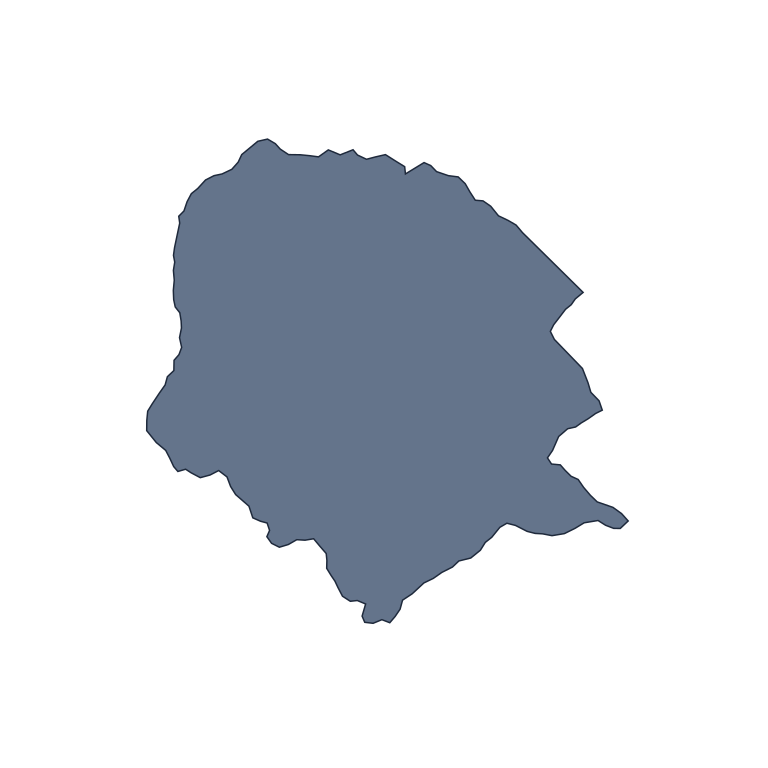 Alto Alegre, São Paulo, Brazil, rotated 44°
{"feature_id": "56859067B22861032704344", "entity_name": "Alto Alegre", "entity_type": "district", "adm_level": 2, "iso_a3": "BRA", "parent_name": "Brazil", "parent_adm1": "São Paulo", "projection": "albers", "projection_center": [-50.184, -21.614], "detail": "fine", "context": "isolated", "style": "filled", "palette": "slate", "viewbox_px": 768, "rotation_deg": 44, "n_neighbors": 0, "source": "geoboundaries", "source_scale": "gbopen_adm2", "svg_char_len": 2222}
<svg xmlns="http://www.w3.org/2000/svg" viewBox="0 0 768 768"><g transform="rotate(44 384 384)"><path d="M654.8,312.9L645.0,312.2L634.4,313.7L619.3,320.7L609.8,320.7L599.4,319.7L590.0,317.8L582.7,320.4L574.3,320.3L567.0,319.7L560.1,325.2L552.9,323.6L551.4,314.7L546.1,300.4L547.2,288.6L551.7,281.8L552.9,275.1L555.0,267.2L556.7,258.2L559.2,251.2L550.4,246.7L538.6,246.3L529.9,241.4L516.0,235.0L475.6,233.6L467.1,230.6L464.9,223.5L463.8,213.5L462.7,204.1L463.6,196.9L462.5,189.9L463.6,179.8L378.4,178.9L368.6,177.9L359.7,180.1L349.5,183.5L337.3,182.0L328.0,183.5L322.0,188.4L312.2,186.1L303.3,183.5L293.5,183.5L285.6,189.4L274.3,194.7L266.0,194.4L259.0,196.9L253.5,218.0L247.9,213.3L238.3,215.4L225.7,218.0L220.1,226.6L215.3,234.5L205.9,237.7L199.0,237.0L193.3,249.6L181.3,254.3L179.1,266.1L171.8,271.5L164.5,277.3L156.0,285.3L146.2,287.1L138.9,286.6L130.1,288.7L124.6,297.1L123.6,306.2L122.3,317.8L125.0,325.7L125.4,335.3L121.6,345.4L117.0,352.2L113.9,361.2L114.2,372.7L113.2,380.9L115.7,389.6L119.9,398.5L119.8,405.9L125.3,410.2L131.3,419.8L138.6,431.4L143.2,437.7L148.8,441.7L153.6,448.6L161.0,455.0L167.5,463.1L174.1,469.4L180.3,473.6L187.6,474.6L194.3,479.6L199.4,484.4L204.7,492.7L213.0,498.2L216.1,505.3L216.5,512.8L223.5,520.3L223.1,529.2L227.2,536.7L228.7,546.4L231.1,559.5L232.9,567.7L238.7,575.0L245.7,582.4L260.9,584.3L273.1,583.4L281.5,586.2L290.1,589.5L296.5,590.1L300.5,583.1L306.8,581.9L316.9,579.0L322.1,570.3L325.2,561.1L335.6,559.9L344.9,564.3L354.1,566.6L361.7,566.2L371.7,565.7L382.6,571.4L390.5,568.5L396.5,565.2L403.4,568.8L405.8,575.2L413.8,576.7L422.1,574.1L426.7,565.9L429.4,556.6L435.7,551.2L440.9,544.2L450.2,545.2L460.2,546.1L465.5,550.6L470.8,556.4L479.0,558.5L485.7,559.9L492.3,562.4L501.6,565.5L510.7,563.7L515.2,558.3L523.6,555.0L529.5,566.2L535.7,568.8L542.4,563.7L546.2,555.0L554.0,551.7L553.5,543.5L552.0,534.8L547.5,526.6L550.0,515.4L550.9,499.4L554.5,489.6L556.5,479.3L560.4,468.1L560.8,459.3L567.3,448.9L568.8,436.6L566.9,427.6L568.0,419.4L566.9,406.6L569.1,398.8L576.8,394.4L589.3,390.6L596.5,386.5L602.2,381.6L610.2,376.4L617.7,366.3L621.7,355.1L624.4,344.8L632.8,333.5L641.5,331.7L649.5,328.3L654.3,323.8L654.8,312.9Z" fill="#64748b" stroke="#1e293b" stroke-width="1.5"/></g></svg>